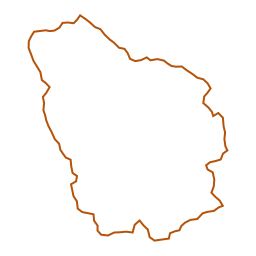 outline of Catas Altas da Noruega, Minas Gerais, Brazil
{"feature_id": "56859067B98626819297692", "entity_name": "Catas Altas da Noruega", "entity_type": "district", "adm_level": 2, "iso_a3": "BRA", "parent_name": "Brazil", "parent_adm1": "Minas Gerais", "projection": "albers", "projection_center": [-43.499, -20.667], "detail": "fine", "context": "isolated", "style": "outline", "palette": "amber", "viewbox_px": 256, "rotation_deg": 0, "n_neighbors": 0, "source": "geoboundaries", "source_scale": "gbopen_adm2", "svg_char_len": 1569}
<svg xmlns="http://www.w3.org/2000/svg" viewBox="0 0 256 256"><path d="M192.3,73.9L186.8,70.3L181.7,66.5L175.9,66.7L171.5,66.0L167.4,63.4L164.0,60.6L157.3,59.1L150.4,60.3L146.7,57.4L141.1,60.1L135.2,61.1L130.1,58.9L127.6,53.0L124.4,48.8L119.1,47.8L114.0,42.7L109.6,39.4L104.8,34.8L100.4,29.2L94.9,27.0L89.8,22.3L85.2,18.8L80.1,15.4L77.2,19.6L73.7,23.2L67.7,22.5L62.5,22.9L59.5,27.6L54.4,30.6L49.8,31.1L45.7,30.3L39.2,31.1L34.1,31.7L31.2,36.3L28.8,41.2L28.6,47.9L30.9,53.8L33.5,60.9L37.1,66.7L40.4,72.2L41.9,80.1L45.7,83.0L49.6,87.1L46.3,92.8L42.9,97.0L44.1,103.1L43.4,110.2L45.2,115.4L46.2,120.2L48.4,125.9L51.9,132.7L54.9,139.3L59.1,143.7L60.4,149.9L62.9,153.6L65.7,157.5L70.6,159.7L71.3,166.7L72.6,173.0L77.0,176.0L76.1,181.3L71.0,184.3L72.2,189.8L73.5,196.1L76.9,201.3L77.7,208.6L82.3,212.1L87.2,213.0L93.5,214.3L94.1,220.7L97.6,225.7L97.5,230.6L101.1,234.7L107.9,235.5L114.2,232.5L119.6,232.3L126.2,231.7L132.6,232.5L134.7,224.8L139.6,220.5L143.5,225.4L147.8,229.5L149.7,237.2L154.5,240.6L162.8,239.4L168.8,238.6L170.0,233.3L174.8,231.3L179.4,230.3L181.4,225.9L185.1,222.6L190.4,219.9L197.3,219.0L202.6,213.3L207.7,211.8L213.9,210.9L218.7,207.4L222.8,205.8L219.6,200.5L215.4,196.9L211.4,192.7L213.8,186.3L214.3,179.6L212.7,172.3L207.6,169.5L206.1,165.3L210.1,162.2L215.7,161.0L220.7,159.5L223.0,153.6L227.4,150.4L225.4,146.3L224.4,139.1L225.1,132.5L223.6,126.3L222.9,117.7L218.3,113.0L213.2,116.0L211.9,111.8L208.5,107.6L203.3,103.1L204.2,96.5L207.5,92.8L210.6,88.4L207.5,83.2L203.3,79.3L197.3,77.7L192.3,73.9Z" fill="none" stroke="#b45309" stroke-width="2"/></svg>